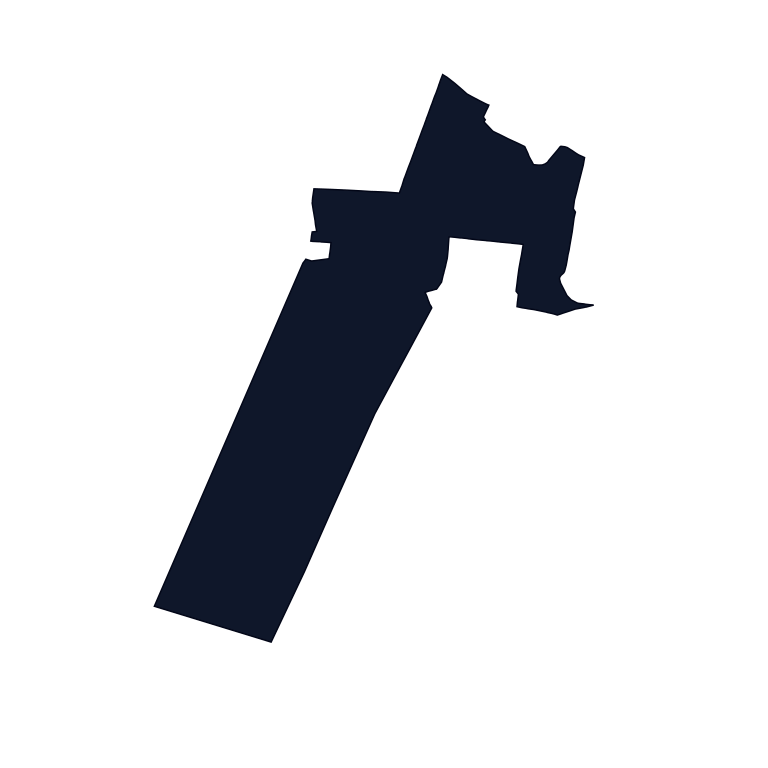 As Safiyah, Amanat Al Asimah, Yemen (orthographic projection), rotated 117°
{"feature_id": "15242507B54206098311522", "entity_name": "As Safiyah", "entity_type": "district", "adm_level": 2, "iso_a3": "YEM", "parent_name": "Yemen", "parent_adm1": "Amanat Al Asimah", "projection": "orthographic", "projection_center": [44.221, 15.343], "detail": "fine", "context": "isolated", "style": "filled", "palette": "ink", "viewbox_px": 768, "rotation_deg": 117, "n_neighbors": 0, "source": "geoboundaries", "source_scale": "gbopen_adm2", "svg_char_len": 3327}
<svg xmlns="http://www.w3.org/2000/svg" viewBox="0 0 768 768"><g transform="rotate(117 384 384)"><path d="M91.2,308.1L91.5,314.7L91.2,318.1L90.6,322.5L90.5,324.1L90.1,327.9L90.5,330.5L91.2,332.4L91.9,334.3L92.7,334.8L96.4,335.5L110.1,338.7L111.3,338.8L112.3,339.0L114.7,340.3L117.0,342.4L118.6,345.3L119.4,347.1L120.7,350.4L118.7,353.2L117.7,354.8L115.4,358.1L113.2,360.5L110.6,363.8L108.6,366.4L108.7,372.0L109.1,382.3L109.2,384.7L109.2,389.9L109.4,401.4L109.1,402.6L105.5,412.7L105.1,413.8L104.2,413.9L103.5,413.8L102.6,413.7L102.1,414.8L101.4,416.0L100.5,416.8L95.4,416.9L94.0,417.0L90.1,417.0L87.9,417.2L88.1,418.6L88.2,421.5L88.2,422.5L88.2,423.8L88.2,428.0L88.1,436.5L87.9,441.8L86.3,448.0L85.5,451.1L85.3,452.0L84.0,457.3L82.1,467.1L81.7,472.2L82.4,472.1L87.4,471.6L90.8,471.1L92.7,470.9L93.7,470.7L95.7,470.4L101.3,469.7L104.3,469.5L106.2,469.3L113.0,468.4L114.7,468.3L115.9,468.1L116.8,468.0L123.8,467.1L128.7,466.6L129.4,466.4L133.2,466.0L134.3,465.8L141.1,465.1L145.9,464.5L154.7,463.5L155.9,463.4L158.0,463.0L159.7,462.9L163.0,462.5L165.3,462.2L167.2,462.0L171.4,461.5L173.8,461.2L179.1,460.7L183.3,460.2L188.2,459.6L190.8,459.3L191.7,459.3L199.5,457.9L200.7,457.8L206.9,457.0L212.1,469.4L216.3,478.5L216.6,479.2L218.2,482.5L219.3,485.0L222.1,491.5L227.3,503.2L227.6,503.9L229.1,507.2L234.6,519.3L241.9,535.0L250.5,532.1L253.5,530.9L254.1,530.5L255.3,530.2L261.8,525.5L263.2,524.4L265.0,523.1L269.7,519.6L273.1,517.4L278.6,513.2L281.1,517.0L285.0,515.8L286.3,515.3L288.2,514.6L289.9,514.1L289.4,512.5L286.7,506.5L286.3,505.9L285.9,504.4L284.0,500.1L282.1,495.4L286.3,493.7L291.6,491.8L293.0,491.4L297.3,489.8L307.0,503.9L307.4,504.7L307.5,505.4L307.6,506.2L308.3,510.3L310.0,510.5L313.0,511.1L686.3,487.7L665.2,367.4L587.4,369.7L516.0,373.7L414.6,378.7L356.7,377.4L344.5,377.1L294.5,376.0L293.4,377.3L292.1,379.6L290.8,380.9L289.2,382.8L287.6,384.4L286.7,385.3L285.0,387.4L283.8,389.0L281.3,386.7L278.9,383.9L276.4,381.3L275.8,380.4L274.9,380.1L272.6,379.8L267.1,379.0L259.5,380.9L258.6,381.0L255.9,381.7L254.9,381.9L250.7,382.8L249.8,383.1L245.4,384.2L243.7,384.6L241.7,385.3L234.9,388.0L232.4,389.1L224.9,392.3L223.3,392.7L222.6,391.3L221.1,387.5L219.7,383.7L219.3,382.6L218.6,381.1L216.6,375.9L216.3,374.7L214.6,370.2L213.5,367.2L210.0,358.6L209.7,357.6L208.5,354.8L206.8,350.4L205.7,347.4L205.2,346.2L204.6,344.5L203.9,342.8L202.4,339.0L200.7,334.8L200.5,334.0L198.2,328.2L196.4,323.3L203.1,321.2L206.1,320.2L210.7,318.9L220.0,316.1L228.0,313.3L234.8,310.8L240.2,308.9L241.4,308.4L242.4,306.2L243.0,305.0L248.9,302.8L250.2,302.4L254.7,300.6L253.7,296.7L253.3,295.3L252.2,292.1L251.5,289.6L249.8,284.7L249.4,283.4L246.5,272.8L246.3,272.2L246.1,270.8L245.0,266.8L244.3,263.6L243.9,260.9L241.1,258.1L239.8,256.9L236.3,253.4L234.8,251.9L230.5,247.7L225.0,240.5L224.1,239.5L223.6,238.7L221.0,235.8L218.5,233.0L218.9,234.2L219.7,236.0L220.7,238.7L221.4,240.5L221.8,242.0L223.8,247.3L224.1,248.7L224.1,255.4L222.1,261.3L221.6,261.9L214.0,272.4L211.0,275.1L210.2,275.6L208.7,275.9L206.7,275.6L204.4,274.7L203.1,274.3L202.5,274.3L201.4,274.3L195.4,275.6L191.4,276.8L187.0,278.2L185.1,278.8L180.7,279.9L177.0,281.1L163.0,285.4L149.6,290.1L143.9,291.5L142.0,294.8L140.5,295.4L133.9,297.7L133.2,297.9L125.4,299.6L119.9,300.9L119.3,301.1L98.6,305.8L91.2,308.1Z" fill="#0f172a" stroke="#020617" stroke-width="1.5"/></g></svg>